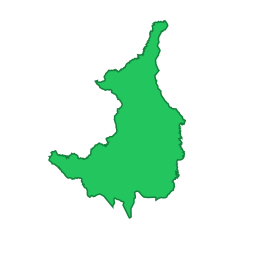 the district of São João d'Aliança, Goiás, Brazil, rotated 331°
{"feature_id": "56859067B77491751884475", "entity_name": "São João d'Aliança", "entity_type": "district", "adm_level": 2, "iso_a3": "BRA", "parent_name": "Brazil", "parent_adm1": "Goiás", "projection": "albers", "projection_center": [-47.424, -14.432], "detail": "fine", "context": "isolated", "style": "filled", "palette": "green", "viewbox_px": 256, "rotation_deg": 331, "n_neighbors": 0, "source": "geoboundaries", "source_scale": "gbopen_adm2", "svg_char_len": 5869}
<svg xmlns="http://www.w3.org/2000/svg" viewBox="0 0 256 256"><g transform="rotate(331 128 128)"><path d="M117.5,204.7L120.8,204.3L123.4,204.9L124.9,206.1L127.1,207.1L128.3,207.1L130.4,205.7L132.2,205.5L134.1,204.6L135.7,204.2L137.6,204.3L138.5,203.0L140.3,201.7L140.2,200.6L141.0,199.9L141.3,199.2L141.3,197.3L140.8,196.5L141.6,196.3L141.9,195.6L143.8,195.3L144.5,195.7L145.2,194.5L145.8,194.7L146.6,195.6L147.5,195.3L147.5,193.7L148.8,194.7L149.4,194.4L149.8,193.6L148.9,192.3L147.8,191.9L147.6,191.3L149.0,190.3L148.4,190.0L148.6,189.2L149.3,189.9L149.6,191.0L150.2,191.4L150.6,189.8L151.1,189.0L150.8,188.2L151.0,187.4L152.1,186.5L152.6,184.4L152.4,183.9L153.7,183.3L153.9,181.5L155.3,180.2L156.1,179.8L156.5,180.4L158.7,181.4L161.2,181.4L162.1,180.7L162.2,180.0L162.8,180.4L163.3,179.8L162.9,179.1L163.9,179.0L164.7,178.0L165.1,177.2L164.6,176.8L164.3,176.0L165.5,175.8L165.1,175.1L165.1,173.1L164.6,172.5L165.2,172.1L164.6,170.0L165.2,169.8L165.1,169.1L165.7,168.5L166.3,168.3L165.1,167.6L166.4,167.3L167.4,167.6L168.1,166.7L167.7,165.6L168.0,164.5L167.8,163.5L167.1,163.6L167.3,162.2L167.8,162.5L168.8,162.0L169.2,162.5L169.8,162.4L170.1,163.0L170.4,162.3L170.1,160.3L171.0,158.7L170.6,157.5L171.2,157.7L171.2,157.0L172.0,156.8L172.5,156.2L171.7,155.8L172.6,155.0L172.7,154.2L173.7,153.6L172.8,152.8L174.2,152.0L174.0,150.5L175.0,150.0L175.4,149.5L176.8,149.5L177.3,149.9L176.6,150.5L176.8,151.2L177.3,150.7L178.3,151.6L178.7,151.0L179.1,151.6L181.7,149.2L181.1,148.1L180.4,147.7L180.6,147.1L180.3,146.0L181.0,144.7L179.9,141.1L180.1,139.2L179.7,138.6L179.3,136.6L179.3,134.7L176.4,132.8L175.7,132.0L175.7,131.1L175.1,130.6L174.3,129.1L174.8,127.0L174.8,126.0L174.2,125.1L173.9,123.1L173.3,122.1L173.5,121.2L173.0,115.5L173.8,113.0L174.6,111.7L174.2,111.1L174.2,109.8L173.4,107.9L174.4,105.7L174.3,102.5L175.0,101.4L175.8,100.9L176.0,100.1L175.4,99.6L176.7,95.4L183.0,92.7L182.7,91.2L183.4,85.6L184.9,82.1L186.0,81.0L189.6,79.2L191.3,77.5L193.3,76.1L193.7,74.9L193.5,70.5L194.5,69.4L196.7,68.0L196.9,66.7L198.1,64.3L199.6,62.8L200.3,62.6L201.1,61.7L202.0,61.5L203.8,59.9L204.7,60.2L205.0,59.7L205.7,60.1L206.3,60.1L207.4,59.6L208.2,60.0L212.1,58.0L212.5,57.4L212.7,55.4L212.4,52.4L211.7,51.9L210.9,51.9L210.5,52.8L208.7,51.5L208.4,50.8L207.1,50.9L206.5,50.5L206.4,49.7L204.9,50.0L203.5,48.9L201.9,48.5L201.3,50.0L200.5,49.3L200.3,50.5L199.0,50.2L198.6,50.6L198.1,52.8L197.1,54.0L196.9,54.9L196.3,54.7L195.8,55.2L194.9,54.3L193.5,55.2L193.1,55.7L193.4,56.5L192.2,57.1L192.4,57.9L192.0,58.6L189.9,60.0L188.6,61.5L187.8,61.4L187.1,62.6L186.5,62.4L186.4,63.1L184.9,63.4L184.2,63.8L184.4,64.7L184.1,65.6L183.4,65.6L182.6,65.2L181.3,65.7L181.3,66.4L180.7,66.1L179.7,66.7L180.3,67.3L178.9,68.3L179.3,68.7L177.3,69.9L177.4,70.8L176.1,71.5L175.9,70.5L174.3,70.3L172.2,68.8L172.2,69.5L171.6,69.8L172.0,70.3L171.2,71.1L171.6,72.1L170.8,72.1L169.7,71.5L169.1,72.0L168.8,71.3L167.4,70.4L166.1,71.1L165.2,70.3L163.5,70.7L162.3,70.4L160.9,71.7L160.5,71.0L157.8,71.3L154.6,73.7L154.2,73.2L153.3,73.4L152.8,73.9L150.4,73.2L150.0,73.5L149.8,74.1L149.1,73.7L146.9,74.3L146.5,73.8L146.3,72.8L145.7,72.3L145.9,71.7L144.6,71.3L144.9,70.7L142.0,70.2L141.7,69.6L140.0,69.1L139.6,68.5L138.9,68.2L138.2,68.8L135.1,69.6L134.2,70.5L132.4,71.3L131.9,71.9L131.7,74.4L130.6,75.2L129.9,75.3L128.3,74.8L126.7,74.9L124.6,73.8L123.8,73.0L123.8,72.2L124.2,71.7L122.1,71.2L122.2,74.4L123.5,77.4L123.1,78.9L124.2,80.9L125.9,82.8L126.4,83.9L128.7,84.4L130.1,85.7L130.8,85.5L132.0,87.0L131.8,87.8L131.1,88.3L131.0,89.2L133.0,92.1L133.9,94.2L133.3,95.8L133.6,97.3L133.1,98.0L134.5,99.1L134.3,100.2L134.6,101.4L134.5,104.5L133.6,105.5L131.7,106.6L130.5,106.6L129.6,107.0L128.1,106.3L126.8,108.3L127.1,109.0L126.0,110.0L125.2,109.9L123.8,110.7L122.0,111.1L120.8,113.5L120.2,113.9L119.8,116.5L119.5,117.0L119.4,118.6L118.6,120.8L118.0,121.4L117.7,123.2L116.9,125.1L115.7,126.4L114.7,126.4L114.3,126.9L113.5,126.9L110.0,127.9L108.1,126.9L105.8,127.2L105.3,126.6L103.7,126.8L103.3,130.7L104.1,131.1L102.8,132.3L101.9,132.2L101.6,131.7L100.7,132.1L101.0,132.7L99.5,133.3L99.1,132.6L99.5,131.4L97.7,131.0L97.4,129.5L96.2,128.7L95.8,127.5L94.9,127.2L93.0,127.7L91.0,127.2L90.6,127.8L89.8,127.9L88.8,128.6L86.8,128.5L86.0,129.2L85.4,128.8L82.7,132.9L82.0,133.4L81.5,133.0L80.7,133.0L79.5,133.5L78.5,134.5L77.6,134.5L77.6,133.9L76.6,134.4L75.7,134.1L74.6,134.3L73.9,133.8L74.2,133.0L72.3,131.9L72.0,131.2L70.5,131.2L69.9,130.6L69.6,129.9L70.1,129.6L70.4,128.0L69.9,126.4L68.7,125.0L68.5,124.2L67.2,124.1L66.7,123.7L66.5,123.0L64.9,123.9L63.1,123.7L62.1,125.0L61.6,125.3L61.5,123.4L61.1,123.0L59.7,124.6L59.6,122.7L59.9,122.0L59.3,121.4L58.2,121.4L57.8,121.1L58.0,120.4L57.7,119.8L56.1,119.7L55.8,119.0L55.0,118.9L55.0,118.2L54.1,117.9L53.7,117.3L53.5,116.7L53.6,112.9L50.9,112.6L50.4,112.0L48.8,112.3L48.9,114.4L46.5,115.4L45.4,114.9L45.6,115.9L43.8,117.3L43.3,118.1L44.5,121.1L44.3,122.6L45.9,123.6L47.5,127.0L48.0,128.9L48.7,129.1L48.2,129.8L48.9,130.9L48.5,131.4L49.1,132.0L48.9,134.3L49.5,134.9L49.8,136.6L50.3,137.3L50.1,139.0L50.9,142.0L51.6,142.9L52.7,143.1L54.2,144.4L54.5,144.9L54.4,145.7L55.1,145.7L56.6,146.5L57.5,146.1L58.2,146.3L59.0,147.4L59.6,147.1L60.5,147.4L61.4,148.5L62.2,148.7L63.0,150.1L61.8,151.5L61.9,152.3L61.4,152.6L61.7,153.1L61.6,153.9L61.5,154.8L61.0,155.4L61.7,155.5L62.1,156.0L61.1,157.0L61.2,159.1L62.2,160.1L62.4,160.7L62.1,163.1L60.2,166.5L60.1,168.0L61.0,169.9L61.9,170.0L62.8,169.4L63.8,169.7L64.5,171.2L66.0,171.6L68.3,171.4L71.3,172.0L73.8,175.7L76.4,189.6L76.8,188.8L79.8,187.0L80.8,184.1L81.4,183.3L82.5,182.9L83.8,185.0L85.7,186.7L86.6,188.8L88.0,190.0L88.1,191.4L86.3,193.0L85.6,207.3L87.0,207.5L87.7,207.1L91.4,200.0L97.0,196.2L98.9,192.9L100.5,192.6L101.5,190.7L102.5,187.6L103.2,187.4L105.1,187.5L106.7,189.1L107.5,193.4L108.3,195.9L108.8,196.5L109.9,197.0L111.6,198.4L118.3,201.7L118.6,202.4L117.5,204.7Z" fill="#22c55e" stroke="#15803d" stroke-width="1.5"/></g></svg>